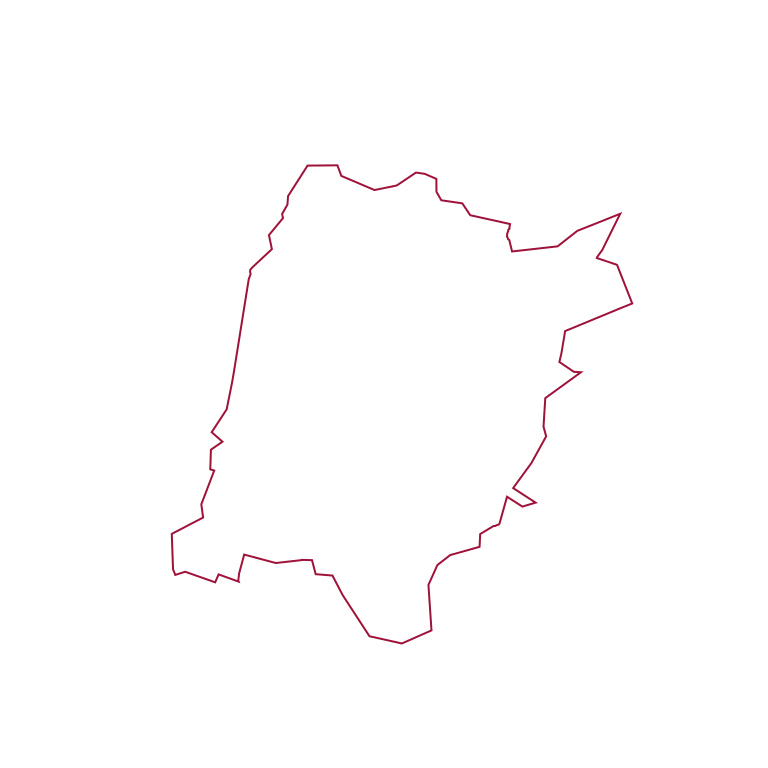 Buncombe, North Carolina, United States of America (orthographic projection), rotated 307°
{"feature_id": "52423323B179276843030", "entity_name": "Buncombe", "entity_type": "district", "adm_level": 2, "iso_a3": "USA", "parent_name": "United States of America", "parent_adm1": "North Carolina", "projection": "orthographic", "projection_center": [-82.512, 35.619], "detail": "fine", "context": "isolated", "style": "outline", "palette": "rose", "viewbox_px": 768, "rotation_deg": 307, "n_neighbors": 0, "source": "geoboundaries", "source_scale": "gbopen_adm2", "svg_char_len": 1594}
<svg xmlns="http://www.w3.org/2000/svg" viewBox="0 0 768 768"><g transform="rotate(307 384 384)"><path d="M587.3,527.5L597.7,533.8L619.4,498.4L612.7,478.2L613.7,477.8L622.3,477.7L626.9,476.8L662.1,470.2L622.6,446.2L598.4,439.8L566.9,406.5L574.4,397.4L574.3,396.1L575.5,394.4L575.7,393.4L577.0,392.8L577.8,392.1L579.7,391.4L580.5,391.4L581.5,390.7L582.6,390.4L583.3,390.8L584.5,390.0L587.6,388.4L570.7,351.3L575.4,337.8L565.2,319.2L565.5,318.5L569.1,310.2L579.3,302.4L576.4,290.2L576.1,289.8L576.0,289.4L572.1,282.3L550.2,274.7L533.2,259.7L524.5,224.7L530.6,215.2L512.4,191.5L476.3,194.3L469.2,198.9L458.5,200.3L455.7,203.5L433.7,202.5L424.2,213.3L398.1,208.7L395.6,208.5L394.5,208.6L393.5,209.1L392.9,209.6L392.1,210.7L391.5,211.3L386.3,212.9L304.0,256.5L293.9,261.7L269.1,273.6L241.8,275.4L240.7,289.7L227.4,285.3L211.3,296.6L212.7,300.5L178.0,310.5L168.5,319.9L136.6,304.7L109.1,327.0L105.9,332.2L114.4,338.2L124.0,368.5L132.4,366.5L138.7,386.9L138.9,386.6L139.0,386.3L139.0,386.1L144.5,382.9L144.7,382.7L145.0,382.5L163.6,375.0L175.9,405.3L193.7,424.1L193.8,424.0L194.0,424.1L200.0,432.5L191.0,443.9L200.0,458.1L190.5,478.1L173.8,524.2L187.5,554.4L215.8,570.2L250.3,540.4L271.5,535.6L287.2,539.8L311.5,558.3L322.1,551.1L336.6,557.0L337.4,558.1L337.8,558.4L339.3,559.1L340.3,559.9L341.2,560.3L341.9,560.3L368.0,550.1L369.4,568.3L380.5,576.5L378.6,550.1L378.6,549.8L379.6,549.8L382.4,549.7L409.6,549.3L439.8,545.0L445.9,537.1L469.8,521.3L511.9,534.2L508.3,528.7L508.2,528.7L508.0,528.3L507.1,510.8L515.1,507.3L535.3,496.8L587.3,527.5Z" fill="none" stroke="#9f1239" stroke-width="2"/></g></svg>